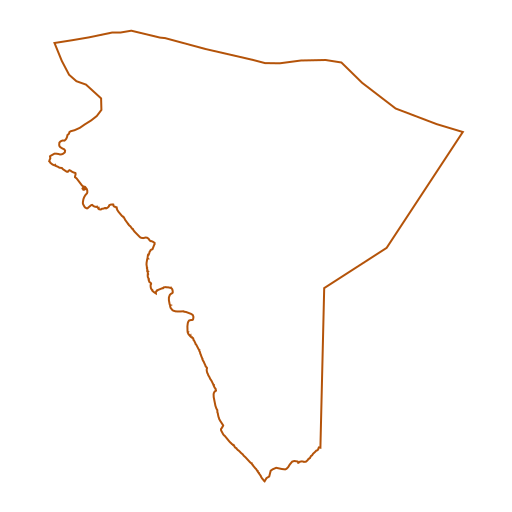 Asmat, Papua, Indonesia
{"feature_id": "22746128B62198228854475", "entity_name": "Asmat", "entity_type": "district", "adm_level": 2, "iso_a3": "IDN", "parent_name": "Indonesia", "parent_adm1": "Papua", "projection": "natural_earth1", "projection_center": [138.155, -5.583], "detail": "fine", "context": "isolated", "style": "outline", "palette": "amber", "viewbox_px": 512, "rotation_deg": 0, "n_neighbors": 0, "source": "geoboundaries", "source_scale": "gbopen_adm2", "svg_char_len": 5866}
<svg xmlns="http://www.w3.org/2000/svg" viewBox="0 0 512 512"><path d="M325.6,60.0L301.0,60.5L279.8,63.3L265.0,63.1L253.2,60.0L205.4,49.0L165.1,38.1L160.0,37.6L131.3,30.7L120.7,32.5L112.3,32.5L88.8,37.4L72.3,40.2L54.5,43.0L61.8,60.9L69.1,74.8L76.4,81.2L86.0,84.6L101.1,98.4L101.4,109.9L96.8,116.0L91.2,120.4L84.8,124.4L79.9,127.8L74.6,130.2L70.8,131.2L69.5,132.0L68.9,133.8L67.4,135.1L67.1,136.8L66.3,138.7L65.5,139.7L64.5,140.6L62.6,140.5L61.3,141.0L60.3,141.6L59.4,142.6L59.2,144.4L59.3,145.8L60.2,147.1L62.4,148.5L64.2,149.3L65.1,150.6L64.8,152.4L63.0,153.8L61.7,154.3L60.1,154.5L58.5,154.0L56.4,153.7L54.4,153.7L51.0,155.6L50.0,156.3L50.3,158.1L50.3,158.5L49.8,159.4L49.2,161.3L49.9,161.9L50.2,162.6L50.6,163.0L52.5,164.5L54.5,165.4L54.9,165.4L55.2,165.0L55.9,166.0L57.8,166.7L59.4,167.7L61.9,168.0L62.8,169.1L66.7,171.7L67.6,171.8L67.7,171.6L68.0,171.6L68.4,171.2L68.5,170.9L69.4,170.2L70.8,170.8L71.4,171.4L72.2,171.8L73.4,172.4L75.4,173.0L75.5,173.2L75.6,174.2L75.0,176.6L75.0,177.2L76.6,178.4L82.0,185.5L83.2,186.4L85.1,186.9L86.8,189.1L87.3,190.7L87.3,192.4L87.0,193.3L85.3,195.2L84.1,197.3L83.4,199.2L82.9,202.1L82.9,203.5L83.1,204.2L84.4,206.6L85.1,207.5L85.8,207.9L86.9,208.4L87.5,208.3L88.0,207.9L88.1,207.7L91.0,205.3L91.6,205.0L92.2,204.9L93.5,206.1L94.7,206.6L96.0,206.9L96.8,206.7L96.8,207.0L97.7,207.3L98.2,208.3L98.6,208.1L98.6,208.6L99.0,209.2L100.4,209.5L101.3,209.3L101.8,208.8L103.5,208.6L104.9,208.0L105.4,208.0L105.5,208.3L106.2,208.4L107.5,207.7L108.4,206.9L108.9,206.4L109.0,205.8L109.3,205.2L110.7,204.6L113.1,204.4L113.3,204.5L113.4,205.6L114.0,206.4L115.0,206.9L115.6,206.9L116.2,207.3L116.6,207.3L116.8,208.0L116.7,208.6L117.0,208.9L117.2,209.8L118.5,211.8L122.0,216.0L123.3,216.7L123.3,217.0L123.6,217.2L123.6,217.4L123.9,217.5L124.6,218.7L125.1,219.8L127.8,223.5L128.1,223.7L128.2,224.2L128.5,224.3L128.9,225.1L129.9,226.0L130.3,226.2L131.3,227.6L132.3,228.9L132.8,229.0L132.8,229.3L133.4,230.0L133.5,230.3L134.1,231.1L134.3,231.2L134.4,231.5L139.4,236.6L140.4,237.5L141.6,237.9L143.3,238.1L145.7,237.5L147.3,237.8L148.7,238.9L149.3,239.9L150.1,240.8L150.9,241.2L151.4,241.1L153.0,241.8L154.6,242.9L154.6,244.2L154.3,244.6L152.5,249.2L151.0,249.8L150.5,250.3L150.4,250.7L149.6,251.8L149.2,253.4L148.6,254.9L148.4,255.0L148.3,254.6L148.1,254.6L147.9,255.4L147.5,258.2L147.9,258.6L147.4,258.7L147.2,259.1L146.6,262.6L146.5,264.5L146.9,267.2L147.2,267.9L147.1,268.1L146.9,268.0L146.9,268.3L147.5,270.2L147.4,270.5L147.3,270.4L147.2,270.6L147.2,271.1L147.7,271.4L147.5,271.5L147.6,271.8L147.8,271.8L147.7,272.2L148.0,273.6L147.8,273.6L147.7,274.2L147.8,274.4L148.0,274.5L147.7,275.4L147.8,276.9L148.5,278.5L148.8,278.8L148.9,279.1L148.6,279.4L148.6,279.8L149.4,282.0L150.8,283.0L151.1,283.6L151.1,284.0L150.6,284.9L150.6,285.6L150.7,287.1L151.0,288.4L151.5,289.3L152.3,290.0L152.2,290.5L152.4,290.8L153.9,292.1L155.9,293.4L155.9,293.1L155.7,292.8L155.7,292.3L156.3,291.3L157.1,290.7L156.8,290.6L156.9,290.4L162.6,288.1L162.9,288.3L163.2,288.1L163.4,287.7L163.7,287.4L165.8,287.1L166.6,287.3L168.0,287.3L170.6,287.9L170.9,287.7L171.1,288.1L171.7,288.5L172.3,289.4L172.7,291.1L172.7,292.6L172.3,293.1L171.0,293.8L169.9,294.8L169.7,295.2L168.9,297.5L168.9,300.2L169.6,304.1L170.0,305.1L170.3,305.2L170.1,305.3L170.2,306.6L170.7,308.0L172.5,310.2L173.4,310.7L175.8,311.4L179.3,311.5L183.6,311.3L184.0,311.7L186.1,312.0L191.1,313.9L191.9,314.4L192.9,315.2L193.4,316.8L193.4,317.5L193.1,319.2L192.6,319.9L190.6,320.1L189.4,320.4L189.0,320.6L188.2,321.9L187.8,323.1L187.4,326.3L187.5,330.5L187.6,331.8L188.0,332.0L187.8,332.2L187.8,332.7L188.5,334.2L188.9,334.7L189.2,334.8L189.2,335.0L190.2,336.2L190.6,336.5L190.7,336.3L190.8,336.8L191.2,337.1L191.9,337.6L192.1,337.5L192.2,337.8L192.9,338.0L193.2,338.4L193.5,340.0L193.9,340.3L194.3,341.0L195.4,343.3L195.6,344.1L196.2,344.6L198.7,349.4L199.1,349.9L199.3,350.0L199.2,350.3L199.3,350.9L200.0,352.1L200.3,353.8L200.7,354.3L201.3,356.2L202.3,358.6L202.5,358.8L202.4,359.3L203.2,361.0L203.7,361.5L203.8,362.0L205.5,365.7L205.6,366.3L206.9,367.7L207.0,368.1L206.7,369.4L206.7,370.3L207.0,372.0L207.5,373.4L207.9,374.0L208.3,375.3L209.3,376.9L210.3,379.1L210.5,379.3L211.5,380.8L213.6,385.1L213.9,385.1L213.9,385.5L213.7,385.6L214.6,387.6L215.6,388.8L215.7,389.9L216.0,390.3L216.0,390.6L215.7,391.0L215.0,391.3L214.5,391.8L213.8,393.2L213.6,394.4L213.7,397.1L215.4,405.7L216.4,408.6L217.3,410.1L217.4,412.5L217.8,413.2L218.0,414.6L218.5,416.9L219.0,418.1L219.1,418.8L220.3,421.0L223.2,425.4L222.9,426.2L222.5,426.6L222.3,427.3L221.1,428.9L221.0,429.3L221.0,430.0L221.3,430.8L223.3,434.5L224.2,435.5L224.7,435.8L229.2,441.3L230.7,442.9L231.1,443.1L231.8,444.0L233.2,444.8L233.2,445.2L233.4,445.3L233.9,445.3L234.1,445.9L234.4,446.2L234.6,446.8L235.2,447.6L236.4,448.2L236.5,448.6L237.9,450.1L238.6,450.5L240.1,451.9L240.4,452.3L241.2,453.1L242.8,454.4L243.6,455.6L245.5,457.3L250.1,462.3L251.2,463.2L251.7,463.3L251.7,463.7L252.4,464.7L252.7,464.8L253.0,465.5L255.5,468.5L256.1,469.0L257.1,470.6L257.7,471.0L257.6,471.4L258.3,472.4L258.8,472.8L258.7,473.0L260.9,476.1L260.9,476.5L262.2,478.6L263.0,479.4L263.8,480.6L264.6,481.3L266.5,478.1L269.2,476.5L270.7,470.7L272.7,469.3L276.2,467.8L281.8,469.0L285.2,469.4L286.5,468.8L288.2,467.1L289.7,464.6L292.2,461.6L294.3,461.0L297.6,461.5L298.1,462.1L298.2,462.8L298.5,462.8L299.7,461.8L301.4,461.4L303.0,461.5L303.9,461.9L305.9,461.7L307.2,460.6L308.0,459.7L308.2,459.2L309.1,458.7L309.4,458.2L309.9,458.1L310.9,456.1L312.1,455.3L313.1,453.7L314.9,452.1L316.3,450.6L316.9,450.5L317.8,449.9L318.2,449.3L318.4,448.4L318.9,447.4L320.4,447.7L324.2,288.1L386.6,247.9L462.8,132.0L436.6,124.1L395.6,108.5L362.1,82.8L341.4,62.5L325.6,60.0ZM85.1,187.7L84.5,187.1L83.8,187.6L83.5,188.3L82.7,188.2L82.5,188.6L82.7,188.8L83.1,188.9L83.3,189.7L83.9,189.8L85.6,189.0L86.0,188.7L86.0,188.4L85.6,187.9L85.1,187.7Z" fill="none" stroke="#b45309" stroke-width="2"/></svg>